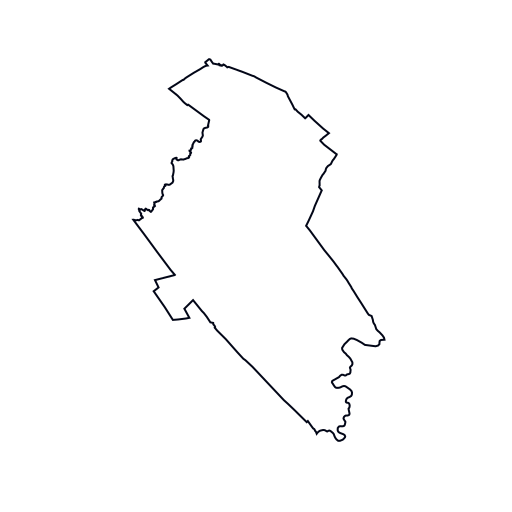 outline of Gura Sutii, Dâmbovita, Romania, rotated 72°
{"feature_id": "2599482B56661116517086", "entity_name": "Gura Sutii", "entity_type": "district", "adm_level": 2, "iso_a3": "ROU", "parent_name": "Romania", "parent_adm1": "Dâmbovita", "projection": "natural_earth1", "projection_center": [25.479, 44.756], "detail": "fine", "context": "isolated", "style": "outline", "palette": "ink", "viewbox_px": 512, "rotation_deg": 72, "n_neighbors": 0, "source": "geoboundaries", "source_scale": "gbopen_adm2", "svg_char_len": 6079}
<svg xmlns="http://www.w3.org/2000/svg" viewBox="0 0 512 512"><g transform="rotate(72 256 256)"><path d="M183.6,361.5L202.7,355.0L221.8,348.7L242.9,341.5L248.9,339.0L249.0,339.2L247.7,359.5L255.8,358.4L257.9,364.2L276.4,358.6L291.1,354.8L292.3,349.7L293.8,341.9L294.2,338.5L284.0,340.4L278.5,329.5L291.6,324.5L294.2,323.2L298.7,321.6L305.0,319.9L306.4,317.4L307.9,317.7L309.4,317.0L310.9,316.8L311.4,317.4L314.9,316.0L325.8,310.4L341.5,303.6L349.8,299.8L351.8,298.3L360.3,293.6L401.8,274.0L406.3,271.4L413.7,267.4L429.7,259.1L429.0,257.7L435.7,255.6L437.7,254.9L438.6,254.1L439.2,253.9L440.3,253.9L441.7,253.3L443.8,253.2L443.2,252.4L442.5,251.0L442.0,249.5L442.0,248.3L442.2,246.0L442.6,245.0L443.2,244.1L444.7,242.8L444.9,242.4L444.6,241.2L444.7,240.1L445.5,239.2L448.0,237.6L449.3,237.1L451.8,237.0L453.3,236.8L455.2,236.2L457.1,235.0L457.7,233.3L457.5,230.3L456.7,228.6L455.9,227.4L455.1,226.9L453.6,227.1L452.5,228.0L450.4,230.6L449.8,231.2L448.9,231.9L447.8,232.2L446.7,232.1L444.9,231.4L443.9,230.0L443.8,229.4L444.0,228.2L444.5,227.0L444.8,225.9L444.7,224.5L444.1,223.8L442.0,222.5L441.0,222.2L440.0,222.6L438.0,223.0L437.3,222.9L436.2,222.0L435.6,220.8L435.5,219.9L436.0,218.2L436.0,216.9L435.6,216.2L434.6,215.7L430.5,215.3L429.7,215.1L429.3,214.4L428.5,213.7L427.1,213.1L426.3,213.0L425.4,213.0L424.6,213.3L424.0,213.9L423.6,214.9L423.1,215.4L422.8,215.5L422.4,215.6L421.4,215.2L420.1,214.3L419.2,212.8L419.0,210.5L418.5,208.7L417.5,207.7L415.6,206.9L414.0,206.9L412.0,207.8L408.0,210.8L407.1,211.8L406.7,213.0L406.7,214.4L407.0,216.3L407.0,217.0L406.9,218.1L406.4,219.8L405.9,220.7L405.1,221.3L403.3,221.9L400.9,222.5L400.1,222.8L399.4,222.8L398.5,222.2L398.2,221.3L396.8,214.4L395.9,213.0L395.4,211.2L395.9,209.9L396.6,209.1L397.2,208.3L397.3,207.5L397.1,206.8L396.8,206.3L396.8,205.3L397.0,204.2L396.8,203.1L396.0,202.3L393.5,201.2L391.3,201.2L390.5,200.5L389.7,198.7L388.6,197.7L386.9,197.2L382.7,198.0L380.6,198.9L378.4,200.2L376.6,200.8L374.7,202.0L372.1,202.8L371.1,202.8L370.0,202.5L367.2,199.1L365.6,195.8L364.7,194.2L363.9,192.4L363.8,190.9L364.8,188.7L367.1,186.0L371.2,182.2L374.2,179.9L378.8,170.2L378.9,167.6L378.0,165.9L375.9,165.1L374.9,164.5L374.5,163.0L375.3,159.7L373.2,159.5L370.5,160.3L366.7,162.1L364.8,163.3L362.7,164.2L358.4,164.2L356.8,164.7L355.7,164.9L354.7,164.9L352.8,164.6L348.8,164.6L346.8,166.9L345.0,167.5L333.2,170.5L326.5,172.3L319.5,174.0L316.4,174.9L315.0,175.0L310.3,176.2L308.0,176.7L306.2,177.2L301.7,178.9L300.5,179.1L291.4,181.9L290.1,182.4L285.5,183.9L279.9,186.0L271.4,189.3L248.2,196.9L242.8,199.0L238.9,195.2L231.1,188.0L226.5,184.5L213.9,173.2L210.0,174.7L209.1,174.2L208.6,173.7L204.3,172.4L203.3,171.7L201.5,169.9L199.4,167.6L198.7,166.4L196.4,163.5L195.1,162.8L194.1,162.0L192.7,159.9L191.8,156.7L191.6,156.3L189.4,154.2L188.5,153.1L188.0,152.2L186.6,150.4L184.7,148.1L184.2,147.8L183.6,148.3L171.2,156.8L166.3,159.2L165.9,159.1L165.2,157.8L165.1,157.1L164.1,155.3L163.3,152.9L161.7,148.7L155.5,152.8L145.8,158.4L138.1,162.5L139.9,165.9L140.2,166.7L135.7,169.1L131.7,171.7L128.7,173.1L128.5,173.9L126.6,174.2L123.5,174.6L113.8,176.3L112.3,176.2L109.4,176.9L108.5,177.5L108.4,177.8L101.9,185.0L94.5,192.6L86.2,200.8L85.2,201.6L84.2,202.6L83.6,203.6L77.0,211.6L67.8,223.4L67.7,223.6L67.7,225.0L67.2,225.2L64.5,227.0L63.8,227.8L64.3,228.4L64.2,228.9L64.3,229.3L64.5,229.6L64.4,229.7L64.1,229.8L64.2,230.4L63.9,230.8L63.5,230.7L63.2,231.0L63.2,231.3L63.5,231.5L63.3,231.9L62.9,232.0L62.1,231.6L61.7,231.9L61.7,232.1L62.0,232.6L62.0,233.2L60.4,236.0L59.8,237.3L57.7,238.0L55.1,238.7L54.4,239.6L54.3,240.0L55.4,242.7L55.8,243.9L56.0,244.4L56.5,244.5L59.9,243.2L59.6,244.6L59.8,245.2L59.7,245.8L60.1,247.9L61.0,251.2L62.5,258.4L64.7,267.1L65.3,268.9L66.1,270.5L65.9,271.2L68.0,279.0L69.4,284.7L70.1,287.0L79.1,281.1L83.6,278.9L86.8,277.5L88.6,276.5L91.3,274.7L91.1,273.8L91.3,273.6L106.9,262.4L112.0,258.5L112.3,258.5L117.2,261.4L117.6,261.2L118.4,261.6L118.7,262.5L118.5,264.5L118.5,265.8L119.1,266.8L122.1,268.8L124.9,269.3L125.9,270.0L127.9,272.5L129.3,272.7L130.0,273.0L130.2,274.2L129.7,275.1L129.1,275.6L128.5,275.8L127.7,276.6L127.4,277.3L127.5,278.3L128.2,279.0L128.4,279.7L129.0,280.4L129.8,281.0L130.5,281.9L131.1,282.2L131.7,282.2L131.9,282.7L133.5,283.1L133.9,283.9L133.7,284.4L133.9,284.6L134.5,284.8L135.0,285.2L135.3,285.5L135.2,286.7L135.5,286.8L135.8,286.7L136.3,286.2L137.6,285.8L138.0,286.1L138.0,286.8L139.6,287.3L140.1,288.3L140.2,288.8L140.5,289.1L141.0,288.9L141.3,289.0L141.7,289.4L141.9,290.4L141.7,291.2L141.7,292.0L141.9,293.1L141.8,294.4L141.9,295.1L141.5,295.9L141.4,296.7L140.8,297.4L140.9,298.2L140.8,299.0L141.0,300.0L140.9,300.6L139.7,301.7L139.4,301.8L138.2,301.2L137.9,301.5L137.9,303.2L138.2,304.9L138.5,305.5L139.4,306.2L140.0,306.3L141.0,307.3L141.5,307.6L143.3,306.9L145.0,306.8L149.4,307.9L150.8,308.5L153.7,310.1L154.2,310.7L155.7,310.9L156.6,311.1L157.8,311.2L159.0,311.5L160.4,312.7L161.5,316.0L161.4,316.7L161.2,317.4L160.8,317.9L160.3,318.8L159.9,320.2L160.1,320.7L160.4,320.8L160.8,320.6L161.2,320.5L161.3,320.7L161.4,321.4L161.8,322.1L163.0,322.8L163.3,323.5L163.8,324.0L164.0,324.5L164.7,325.0L167.1,325.6L168.1,325.7L169.4,325.5L169.7,325.7L170.4,326.7L170.6,327.3L171.2,327.8L172.2,328.1L173.0,330.0L173.6,331.1L173.7,331.5L173.8,332.3L173.5,333.4L173.8,334.0L173.5,334.7L173.7,335.7L173.6,336.3L174.0,336.4L175.1,336.3L175.9,337.1L176.6,336.8L176.7,337.0L177.3,336.8L177.5,337.2L178.0,338.9L178.6,339.2L179.4,339.3L179.8,339.6L181.5,342.1L181.5,342.4L180.2,343.2L179.3,343.3L179.0,343.8L178.9,344.0L179.1,344.3L179.1,344.5L177.8,345.6L177.2,345.9L176.9,346.4L177.2,346.8L177.6,346.9L177.6,347.4L178.0,347.7L178.6,347.8L178.7,348.2L176.1,350.4L175.9,350.7L175.9,351.1L176.1,351.6L175.4,352.3L175.0,352.5L174.8,352.8L175.1,353.0L176.0,352.9L177.2,353.1L180.3,352.1L180.8,352.3L181.2,352.7L181.7,352.9L182.3,352.8L182.6,352.4L182.8,352.2L183.2,352.4L183.6,352.3L183.9,352.2L184.3,351.7L184.7,351.9L184.7,352.9L185.0,353.6L185.2,354.3L185.9,356.1L185.9,356.3L185.1,357.4L185.1,358.5L184.6,359.9L183.7,361.1L183.6,361.5Z" fill="none" stroke="#020617" stroke-width="2"/></g></svg>